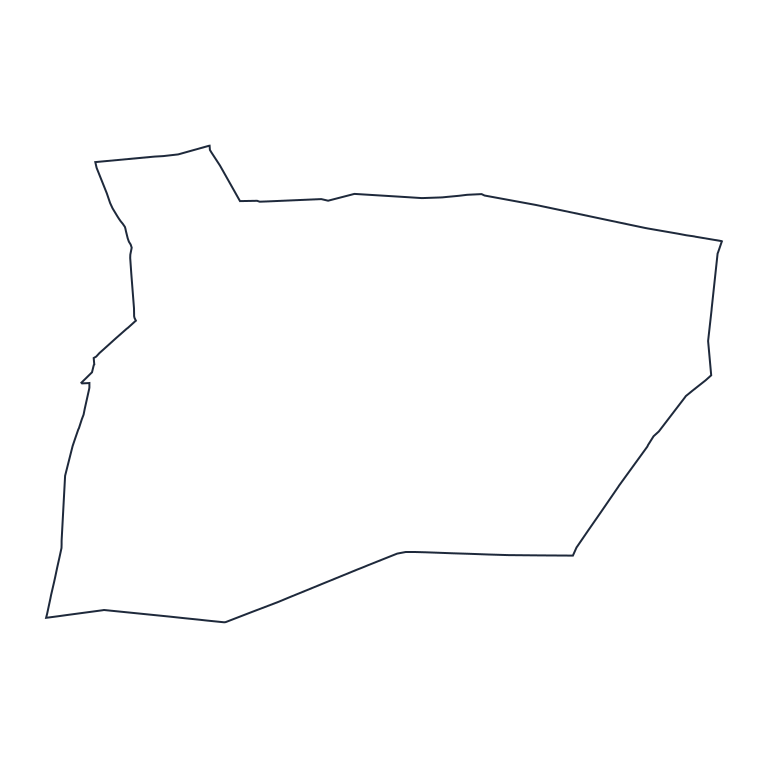 outline of Jaunjelgavas pag., Jaunjelgavas, Latvia
{"feature_id": "27541924B6750181975211", "entity_name": "Jaunjelgavas pag.", "entity_type": "district", "adm_level": 2, "iso_a3": "LVA", "parent_name": "Latvia", "parent_adm1": "Jaunjelgavas", "projection": "orthographic", "projection_center": [25.067, 56.595], "detail": "fine", "context": "isolated", "style": "outline", "palette": "slate", "viewbox_px": 768, "rotation_deg": 0, "n_neighbors": 0, "source": "geoboundaries", "source_scale": "gbopen_adm2", "svg_char_len": 2044}
<svg xmlns="http://www.w3.org/2000/svg" viewBox="0 0 768 768"><path d="M721.9,241.3L721.5,241.1L695.4,236.7L694.7,236.5L692.9,236.2L692.2,236.1L689.3,235.7L686.5,235.3L678.0,233.7L647.4,228.4L646.5,228.2L645.8,228.1L628.6,224.5L561.8,210.4L535.6,204.9L486.6,195.9L484.5,195.5L481.6,194.1L467.1,194.8L458.9,195.8L447.1,196.9L442.1,197.4L421.9,198.1L406.4,197.1L354.4,193.9L328.1,200.7L321.3,199.1L314.2,199.4L268.0,201.4L259.7,201.7L257.1,200.8L240.0,201.1L220.0,165.6L211.2,152.1L209.9,149.9L209.6,145.7L208.9,145.8L178.2,154.4L163.2,156.1L154.4,156.6L97.4,161.9L95.3,162.1L96.6,167.8L106.8,193.3L110.1,203.0L112.6,208.4L117.5,216.5L119.1,219.0L120.7,221.3L122.7,223.7L124.9,226.9L125.4,228.6L125.9,231.0L127.7,238.3L128.9,241.7L130.7,244.6L131.7,247.7L130.4,254.2L130.3,254.8L130.2,258.0L131.3,273.8L134.0,308.4L134.1,314.1L134.1,316.1L134.5,317.9L135.9,320.7L134.8,321.6L127.5,328.2L126.7,328.7L126.4,329.0L116.4,337.8L102.2,350.6L99.4,353.1L96.2,356.6L93.7,358.0L94.2,363.8L94.3,364.5L93.8,365.0L92.0,372.3L81.4,382.7L82.0,383.4L88.5,383.1L89.4,383.0L89.4,387.5L89.2,388.8L84.7,409.0L83.6,414.6L81.8,419.3L78.9,428.3L78.3,429.4L75.1,438.7L72.6,446.1L65.1,475.8L61.6,540.8L61.6,544.4L61.5,548.0L59.4,557.7L57.2,567.5L55.1,577.5L54.1,582.0L51.0,595.4L50.4,598.5L47.1,613.9L46.1,617.8L47.8,617.6L58.5,616.2L66.4,615.1L84.3,612.7L102.2,610.3L104.0,610.0L136.8,613.3L169.6,616.6L184.5,618.2L199.3,619.7L206.4,620.5L215.3,621.4L224.2,622.3L225.7,622.1L252.1,611.9L278.6,601.8L289.4,597.3L323.4,583.4L357.4,569.5L361.0,568.1L364.5,566.7L367.6,565.4L382.4,559.5L397.2,553.6L405.7,552.0L410.2,552.0L414.8,552.0L425.8,552.3L436.9,552.7L453.0,553.3L469.2,553.8L488.3,554.5L508.2,555.1L540.5,555.4L572.9,555.6L576.6,547.3L577.0,546.8L588.3,530.3L601.0,512.0L618.5,486.5L618.9,485.8L647.4,446.5L648.0,445.1L653.6,436.2L658.8,431.5L684.9,397.4L685.8,396.1L692.3,390.8L698.9,385.6L705.5,380.4L711.2,375.3L708.1,341.0L710.9,316.0L711.6,309.7L711.6,309.2L717.6,253.5L718.1,252.3L721.7,241.8L721.9,241.3Z" fill="none" stroke="#1e293b" stroke-width="2"/></svg>